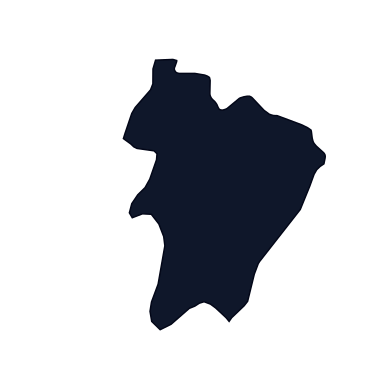 an SVG outline of Jendouba, rotated 311°
{"feature_id": "TUN-106", "entity_name": "Jendouba", "entity_type": "Governorate", "adm_level": 1, "iso_a3": "TUN", "parent_name": "Tunisia", "parent_adm1": "", "projection": "albers", "projection_center": [8.765, 36.686], "detail": "fine", "context": "isolated", "style": "filled", "palette": "ink", "viewbox_px": 384, "rotation_deg": 311, "n_neighbors": 0, "source": "natural_earth", "source_scale": "10m", "svg_char_len": 1484}
<svg xmlns="http://www.w3.org/2000/svg" viewBox="0 0 384 384"><g transform="rotate(311 192 192)"><path d="M164.5,153.7L174.0,151.7L193.0,144.1L197.9,140.5L198.2,136.4L188.8,121.9L187.9,118.4L188.1,114.2L187.3,105.2L192.3,103.0L211.8,95.0L218.5,93.7L241.9,93.7L248.0,91.5L259.3,81.8L267.6,78.0L279.5,90.6L281.2,94.2L280.3,94.9L275.3,96.9L274.5,97.1L273.5,97.7L272.5,98.8L271.8,101.2L272.2,102.9L273.0,104.4L283.4,116.4L288.6,124.9L289.6,127.7L289.9,130.0L289.1,131.2L288.1,132.5L278.0,140.9L276.9,142.1L276.2,143.4L275.6,144.9L275.3,146.7L275.2,149.8L274.8,151.8L274.3,153.5L273.6,154.9L272.9,156.4L272.3,158.4L272.8,159.8L273.7,161.2L275.1,162.2L276.6,163.1L278.0,163.7L293.8,166.3L294.9,166.8L297.9,168.7L300.5,170.8L302.0,172.5L302.5,174.1L302.6,175.6L300.9,192.8L301.4,199.2L302.3,201.5L303.3,203.5L305.5,206.2L314.8,231.1L316.4,237.3L316.8,241.2L315.9,242.5L311.5,247.4L309.7,250.0L309.1,251.2L308.7,252.5L308.2,255.7L308.0,265.6L307.8,266.7L307.3,268.0L306.3,269.2L304.9,270.2L299.8,273.1L295.3,271.9L290.7,271.5L285.5,272.5L273.8,277.0L249.8,285.2L183.9,288.6L181.4,289.0L170.9,292.9L146.0,305.7L140.4,306.0L123.2,304.4L118.7,304.9L119.5,300.2L120.0,286.0L119.5,279.5L117.1,273.1L112.9,270.5L107.7,269.0L102.4,266.3L78.5,263.0L67.2,258.3L67.2,258.1L67.9,246.5L74.4,238.6L82.4,233.6L100.2,226.9L133.6,206.8L139.8,199.9L146.1,188.0L148.5,175.9L143.0,168.9L133.4,163.8L135.2,158.4L143.7,154.2L154.3,152.9L164.5,153.7Z" fill="#0f172a" stroke="#020617" stroke-width="1.5"/></g></svg>